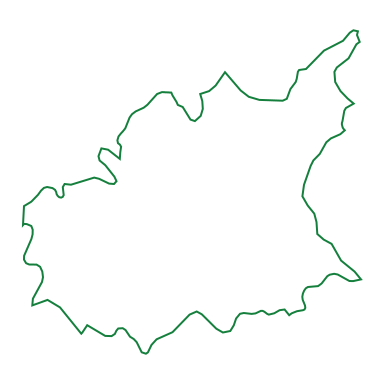 an SVG outline of Alpes-de-Haute-Provence
{"feature_id": "FRA-5265", "entity_name": "Alpes-de-Haute-Provence", "entity_type": "Metropolitan department", "adm_level": 1, "iso_a3": "FRA", "parent_name": "France", "parent_adm1": "", "projection": "orthographic", "projection_center": [6.23, 44.166], "detail": "fine", "context": "isolated", "style": "outline", "palette": "green", "viewbox_px": 384, "rotation_deg": 0, "n_neighbors": 0, "source": "natural_earth", "source_scale": "10m", "svg_char_len": 2749}
<svg xmlns="http://www.w3.org/2000/svg" viewBox="0 0 384 384"><path d="M357.9,31.3L357.0,35.0L359.7,41.9L356.4,44.3L348.6,58.3L336.8,67.5L334.4,71.9L335.2,82.0L340.5,91.1L347.6,98.5L353.7,103.6L345.9,108.0L344.3,110.8L342.5,121.0L341.9,123.0L341.9,124.6L342.7,127.6L343.7,129.1L344.8,130.3L340.3,134.2L330.9,138.4L326.3,142.3L319.8,153.9L313.4,160.4L310.6,166.0L304.0,184.8L302.4,196.3L307.7,205.5L314.3,213.7L316.5,222.1L317.3,234.0L323.7,239.6L331.6,243.9L341.1,260.6L354.6,271.6L361.0,279.4L353.1,281.1L349.4,281.0L337.7,274.5L334.1,273.8L329.7,274.7L327.3,276.2L321.6,283.5L318.1,286.1L307.9,287.0L305.8,288.3L304.1,290.7L302.9,293.6L302.3,296.8L302.7,299.8L305.0,305.5L305.3,307.9L304.5,309.5L303.0,310.2L297.0,311.2L291.7,313.3L289.2,315.2L284.6,309.5L279.6,310.2L274.2,313.3L268.8,314.6L267.2,313.9L264.3,311.7L262.7,310.9L260.8,310.9L255.5,313.4L251.6,313.9L243.8,313.0L240.0,313.8L236.1,318.5L233.8,325.3L230.3,331.0L222.9,332.5L216.3,328.7L201.8,314.3L196.7,311.5L189.6,314.6L172.5,332.2L156.6,339.3L151.5,344.9L147.9,352.4L145.9,353.7L141.7,352.3L136.7,342.2L133.7,339.0L130.0,336.7L125.5,330.0L122.7,328.2L118.2,328.5L116.3,330.8L114.9,333.9L111.6,336.1L105.2,335.9L87.2,325.2L82.5,332.3L81.3,333.7L81.2,333.6L60.0,307.4L47.5,299.9L32.3,305.4L32.9,298.7L42.0,282.0L43.0,277.2L42.3,271.6L40.1,266.8L36.6,264.6L29.2,264.5L26.1,263.2L24.0,259.6L24.1,255.8L31.4,239.0L32.6,234.3L32.7,229.7L31.3,226.0L26.8,224.1L24.1,223.9L23.0,225.1L24.0,206.1L31.3,201.7L38.0,194.8L41.0,190.7L43.9,187.9L47.1,187.0L52.5,188.1L55.1,189.9L56.2,192.1L56.6,194.1L57.7,195.9L59.2,197.2L61.1,197.6L62.7,196.9L63.7,195.1L62.8,187.1L64.6,184.0L71.0,184.7L94.2,177.6L99.1,178.8L109.1,183.6L114.0,184.0L116.5,181.2L114.4,176.7L105.3,165.2L99.6,160.5L98.5,156.2L101.4,148.4L108.1,149.7L119.8,158.9L120.3,152.0L121.1,146.7L119.8,144.5L118.0,143.2L117.4,140.3L118.5,136.5L120.7,133.7L123.1,131.1L125.3,128.3L129.6,117.5L132.0,114.2L135.7,111.4L143.7,107.7L147.4,104.8L157.1,94.0L162.0,92.1L162.3,92.1L162.5,92.1L162.8,92.1L163.0,92.1L163.3,92.2L163.6,92.2L163.8,92.2L164.0,92.2L164.3,92.2L164.5,92.2L164.8,92.2L165.0,92.3L165.3,92.3L165.6,92.3L165.8,92.3L166.1,92.3L166.4,92.3L166.7,92.3L167.0,92.3L167.3,92.4L167.5,92.4L167.8,92.4L168.1,92.4L168.4,92.4L168.6,92.4L168.9,92.4L169.1,92.5L169.4,92.5L169.6,92.5L169.8,92.5L170.0,92.5L170.4,92.5L170.6,92.5L170.8,92.5L171.0,92.6L171.3,92.6L172.5,95.4L176.6,102.1L177.8,104.9L182.7,107.0L190.5,119.6L194.9,121.1L200.7,115.9L202.8,108.9L202.3,101.1L200.2,94.0L209.1,91.1L215.6,85.6L225.0,72.2L240.7,90.5L248.8,96.8L259.4,99.9L282.7,100.7L286.8,98.8L290.4,89.1L295.7,82.0L296.7,78.9L297.9,71.8L299.1,70.0L306.0,69.0L324.0,50.6L343.0,40.8L349.8,32.7L353.4,30.3L357.9,31.3Z" fill="none" stroke="#15803d" stroke-width="2"/></svg>